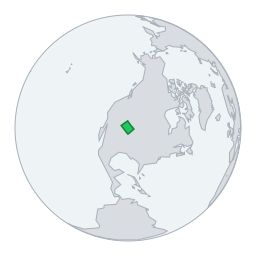 Colorado on an orthographic globe, rotated 52°
{"feature_id": "USA-3522", "entity_name": "Colorado", "entity_type": "State", "adm_level": 1, "iso_a3": "USA", "parent_name": "United States of America", "parent_adm1": "", "projection": "orthographic", "projection_center": [-105.117, 39.0], "detail": "fine", "context": "on_globe", "style": "filled", "palette": "green", "viewbox_px": 256, "rotation_deg": 52, "n_neighbors": 0, "source": "natural_earth", "source_scale": "10m", "svg_char_len": 10696}
<svg xmlns="http://www.w3.org/2000/svg" viewBox="0 0 256 256"><g transform="rotate(52 128 128)"><circle cx="128" cy="128" r="113" fill="#eef3f6" stroke="#a8b0b8"/><path d="M23.5,170.0L23.8,170.7L23.5,170.0ZM167.0,233.7L166.0,234.0L172.6,231.2L170.0,232.3L174.9,229.0L180.7,224.7L188.7,212.3L187.6,210.4L181.0,210.1L173.3,201.8L176.2,196.1L174.1,194.3L180.7,184.6L178.5,177.9L176.0,177.6L173.9,181.1L165.0,178.7L161.2,173.6L131.0,167.8L127.3,164.8L126.3,159.5L111.9,141.3L120.2,158.5L115.4,155.3L110.8,149.1L112.4,147.6L108.1,138.3L103.2,134.5L99.6,122.4L102.8,107.3L105.0,109.9L105.5,106.2L102.9,102.8L101.0,101.6L99.2,86.4L91.3,77.2L86.0,77.8L89.4,75.1L77.5,79.1L71.4,77.7L80.0,77.2L82.2,75.6L79.0,73.4L80.5,71.3L79.9,69.1L82.0,66.9L86.9,67.2L88.4,65.8L86.0,64.4L86.7,61.5L89.9,63.8L91.4,59.0L99.8,59.2L106.9,68.1L113.3,67.3L125.2,74.4L125.8,72.2L130.7,73.9L133.3,72.2L134.8,74.3L135.6,71.1L133.8,69.6L133.5,67.7L134.9,66.6L137.0,69.0L136.6,69.9L137.9,70.0L138.4,71.7L138.9,70.3L141.3,73.5L141.0,68.8L144.6,70.0L145.6,72.6L142.8,74.3L138.3,85.4L138.5,89.0L141.6,92.1L153.0,93.5L154.3,96.9L158.1,100.0L158.6,97.1L155.8,93.7L157.7,89.3L154.1,85.9L154.4,83.8L151.8,79.8L155.1,78.4L159.7,79.3L162.0,82.6L164.1,83.2L164.2,78.6L170.8,83.7L179.1,85.5L180.5,87.2L179.0,92.7L173.1,96.1L171.1,104.4L175.3,97.1L178.7,102.0L180.5,102.1L182.1,100.9L181.9,98.4L183.7,99.8L180.2,107.2L178.5,106.0L179.7,103.6L176.9,105.4L174.6,110.9L176.5,113.2L170.9,119.9L172.2,121.7L171.7,124.3L170.0,120.9L173.0,127.4L166.8,137.7L170.6,149.0L163.6,141.5L159.2,141.6L154.1,143.1L154.6,144.9L147.1,145.0L141.5,150.1L141.1,159.6L145.1,166.0L153.3,164.8L154.9,160.6L160.5,158.5L158.2,169.5L168.2,168.5L168.2,175.9L171.3,178.8L175.9,176.4L180.8,176.6L183.6,171.3L188.5,167.0L189.3,172.6L191.4,166.2L194.5,167.7L203.8,162.5L203.3,164.2L211.2,166.1L218.7,163.3L220.4,165.8L219.6,168.9L221.9,167.5L221.9,169.0L230.1,162.2L233.3,160.6L232.5,165.6L228.6,175.4L222.0,189.4L214.1,199.4L210.2,204.6L200.5,214.0L196.0,217.2L195.3,218.2L191.1,221.3L187.6,223.4L185.3,225.0L182.6,226.4L183.1,226.2L182.5,226.6L174.9,230.4L167.0,233.7ZM45.7,142.2L46.2,139.8L47.0,142.0L45.7,142.2ZM45.7,137.8L45.7,138.7L45.6,137.9L45.7,137.8ZM45.1,136.9L45.5,137.6L45.0,137.0L45.1,136.9ZM44.2,135.9L44.7,136.3L44.2,135.9ZM171.0,153.0L182.3,154.7L176.7,157.5L177.6,156.1L174.6,154.8L169.2,154.4L164.0,157.1L171.0,153.0ZM43.1,133.7L42.8,133.1L43.4,133.2L43.1,133.7ZM174.2,145.2L172.3,145.4L174.0,144.7L174.2,145.2ZM99.9,101.4L102.6,103.0L104.5,107.0L102.0,105.8L99.9,101.4ZM96.7,94.2L98.4,94.2L97.7,97.9L96.9,96.7L96.7,94.2ZM81.9,78.9L83.8,80.0L81.4,79.7L81.9,78.9ZM79.4,69.2L78.3,69.6L78.4,68.4L79.4,69.2ZM150.1,80.9L150.9,80.4L151.0,81.4L150.1,80.9ZM148.2,79.7L147.7,81.3L146.8,81.0L147.1,80.0L148.2,79.7ZM81.8,63.9L82.3,61.9L82.7,64.0L81.8,63.9ZM149.1,77.9L145.1,80.2L143.4,79.7L143.2,75.7L149.1,77.9ZM83.2,60.7L84.2,56.1L82.0,56.5L89.0,52.9L85.7,57.9L86.5,60.3L84.8,59.7L83.2,60.7ZM132.6,69.6L134.6,71.2L131.7,70.9L132.6,69.6ZM130.8,69.9L122.1,72.2L119.8,69.5L123.2,69.2L119.2,66.7L122.3,64.2L125.2,65.0L126.1,67.2L126.6,64.6L130.8,69.9ZM92.6,51.8L93.6,50.9L93.5,52.0L92.6,51.8ZM133.2,67.0L131.6,67.6L129.5,65.3L132.2,63.6L132.1,64.9L133.2,67.0ZM116.6,67.3L115.5,65.4L117.8,62.8L117.7,61.8L122.2,63.9L116.6,67.3ZM133.2,64.8L133.7,62.8L135.9,63.0L134.5,66.2L133.2,64.8ZM127.8,65.4L127.0,64.3L128.3,64.3L127.8,65.4ZM144.1,62.7L142.3,63.3L141.0,62.1L144.1,62.7ZM133.7,62.1L132.9,62.1L132.2,61.7L133.0,60.5L133.7,62.1ZM123.5,62.0L124.6,61.4L121.7,61.0L123.3,59.2L126.1,61.0L125.5,59.5L126.0,58.9L127.7,61.0L123.5,62.0ZM131.6,58.2L135.7,60.1L139.3,59.2L140.5,60.1L134.5,61.6L131.6,58.2ZM129.2,59.7L131.0,59.0L131.6,60.5L130.7,61.9L129.2,59.7ZM123.4,57.4L120.3,59.7L119.8,59.2L123.4,57.4ZM132.6,57.6L131.6,57.2L132.8,57.4L132.6,57.6ZM126.1,57.1L125.0,57.9L124.5,57.4L126.1,57.1ZM130.5,55.7L131.8,56.3L131.2,57.2L130.5,55.7ZM128.3,56.1L127.9,55.1L130.2,57.2L128.0,56.5L128.3,56.1ZM125.7,56.4L125.1,56.4L126.2,56.2L125.7,56.4ZM131.8,52.0L134.9,54.4L133.7,56.3L130.8,53.7L131.8,52.0ZM193.4,36.3L190.9,34.5L193.4,36.3ZM176.2,26.2L177.1,26.6L172.7,24.7L178.0,27.2L177.5,26.9L180.8,28.5L181.4,29.0L179.9,28.2L181.9,29.4L188.9,33.3L189.2,33.4L196.0,38.3L197.1,39.0L199.7,41.2L198.8,40.8L197.2,39.7L197.2,41.9L199.6,43.4L199.7,41.6L200.7,42.6L203.9,45.2L202.3,44.1L201.6,46.2L206.2,52.0L216.0,63.0L217.9,66.9L217.6,69.3L209.9,63.1L206.7,55.1L203.9,53.2L201.1,53.7L200.4,51.4L198.8,50.7L197.3,47.9L191.6,43.6L189.5,41.0L184.0,39.0L182.2,37.6L186.0,39.1L187.5,38.9L181.8,33.3L179.8,32.1L176.6,31.4L175.5,30.2L173.2,30.2L168.3,27.5L172.3,31.1L168.8,30.8L164.0,29.2L163.6,29.9L171.3,32.5L173.7,33.1L174.6,32.4L181.8,35.0L184.5,37.0L179.7,37.1L182.9,40.2L177.7,39.3L160.1,32.1L154.4,29.5L152.0,24.6L155.3,24.9L157.7,26.6L158.5,24.8L157.0,25.0L156.0,24.1L152.3,24.0L151.5,23.3L149.5,24.4L148.0,23.6L149.3,23.0L142.7,22.5L138.7,21.3L137.7,21.6L137.6,22.2L132.7,20.5L132.1,20.8L133.5,21.4L133.2,22.4L130.8,23.7L129.3,23.0L129.9,22.5L128.9,20.5L130.8,19.4L130.0,19.3L127.9,20.1L129.1,22.5L128.1,23.4L127.1,22.3L127.4,22.8L126.4,23.1L123.9,22.8L124.9,24.1L116.2,29.3L110.6,29.7L110.6,27.9L102.9,31.7L97.1,32.4L98.4,32.9L95.6,35.5L97.3,35.3L97.8,35.7L91.3,42.9L88.5,44.3L87.2,48.6L87.9,48.9L89.8,48.0L89.0,52.9L82.0,56.5L80.8,55.5L77.3,58.7L75.1,56.1L71.7,55.7L71.5,51.5L68.8,51.7L67.7,53.0L63.2,54.5L57.8,53.7L67.0,48.7L76.1,50.1L72.8,48.9L75.0,47.6L74.7,46.3L72.2,45.8L71.1,46.6L74.5,38.9L71.5,36.2L68.3,39.5L64.7,41.5L58.5,42.7L59.2,39.0L54.5,42.7L53.7,43.3L60.5,37.9L61.0,37.4L62.7,36.2L65.6,34.2L66.0,34.0L66.5,33.7L73.5,29.4L80.8,25.7L88.4,22.6L96.2,19.9L104.1,17.9L112.2,16.5L120.4,15.6L128.6,15.4L136.8,15.7L144.9,16.6L153.0,18.2L160.9,20.3L168.7,23.0L176.2,26.2ZM239.6,113.0L239.6,113.4L236.8,108.7L235.0,102.0L232.5,97.5L218.2,67.7L217.7,64.6L209.4,51.4L208.8,50.4L212.5,54.0L210.5,51.3L216.2,57.9L221.3,64.9L225.9,72.2L229.9,79.9L233.3,87.9L236.0,96.1L238.2,104.5L239.6,113.0ZM226.0,78.8L227.1,80.3L226.0,78.8ZM204.1,162.2L205.3,162.7L203.9,163.6L204.1,162.2ZM176.3,160.3L178.5,159.6L179.8,160.2L178.2,161.1L176.3,160.3ZM193.8,153.1L196.1,152.6L193.9,154.2L193.8,153.1ZM184.0,154.7L191.9,153.9L187.6,157.7L182.5,158.3L185.8,156.4L184.0,154.7ZM174.0,149.2L175.5,149.2L175.4,150.5L174.0,149.2ZM175.5,144.7L175.0,145.0L174.1,144.3L175.5,144.7ZM178.9,101.5L179.3,101.0L181.0,100.2L180.6,101.5L178.9,101.5ZM186.3,91.8L189.0,94.3L186.8,93.3L186.7,95.4L182.0,96.2L181.0,88.1L182.3,91.5L186.3,91.8ZM175.5,95.4L178.6,95.6L175.2,95.8L175.5,95.4ZM191.8,50.9L192.4,49.9L194.7,51.2L197.3,55.3L194.1,53.3L191.8,50.9ZM192.7,48.4L187.2,47.8L185.3,45.5L187.3,46.8L186.6,45.4L189.7,47.2L193.3,45.9L195.5,47.1L199.2,53.4L196.8,50.6L196.3,51.6L192.7,48.4ZM176.3,52.6L173.9,53.0L173.0,47.4L175.4,47.8L178.2,51.6L177.0,53.5L176.3,52.6ZM149.5,70.7L148.7,71.7L148.1,71.0L148.3,69.6L149.5,70.7ZM143.3,63.1L152.7,66.0L152.2,67.2L158.3,67.8L159.4,71.2L155.4,70.6L160.7,73.9L157.5,74.8L161.3,76.7L152.3,75.1L149.6,76.2L152.2,73.6L151.3,70.3L150.2,69.3L144.8,67.2L138.7,68.3L136.8,65.5L137.2,63.3L138.4,62.6L139.2,64.6L140.2,62.2L142.3,64.6L143.3,63.1ZM142.2,42.1L142.6,44.0L145.0,40.9L147.1,42.8L147.3,42.3L149.9,43.2L153.3,43.6L153.9,44.7L155.0,44.4L156.7,45.1L158.4,45.2L160.0,47.1L162.2,47.4L161.7,48.2L165.0,48.1L163.3,49.1L165.4,50.3L166.0,48.7L170.5,60.7L173.8,65.3L177.5,68.8L173.9,70.4L168.2,68.3L162.0,64.5L159.4,60.0L158.3,61.7L156.7,60.1L158.2,59.4L154.9,59.5L154.0,58.0L148.4,55.4L144.2,56.7L142.1,56.0L143.3,54.7L140.3,54.8L141.2,52.0L139.7,51.5L139.0,48.3L142.2,46.4L140.3,46.0L139.7,43.7L142.2,42.1ZM131.7,51.1L135.1,48.1L137.9,47.8L137.9,53.6L139.1,54.5L139.2,58.4L135.1,58.9L135.5,57.7L134.8,56.6L136.4,56.9L134.7,55.9L135.1,54.3L134.0,53.1L135.4,52.5L131.7,51.1ZM206.5,48.0L205.7,47.1L204.1,45.5L206.1,47.1L206.5,48.0ZM206.2,49.5L205.2,48.4L207.3,49.7L208.1,50.8L206.2,49.5ZM202.9,46.8L205.0,48.2L204.4,48.1L202.9,46.8ZM184.9,38.1L183.7,37.1L184.3,37.1L185.7,37.8L184.9,38.1ZM149.7,34.1L149.5,35.1L148.8,35.0L146.3,36.4L144.5,35.3L145.3,34.0L149.7,34.1ZM147.4,33.2L146.6,33.8L146.2,32.9L147.4,33.2ZM143.1,34.5L142.3,33.5L144.0,35.3L143.1,34.5ZM131.1,26.2L136.6,25.3L139.4,24.3L139.1,23.0L141.8,24.7L137.6,26.2L131.1,26.2ZM118.2,28.9L118.5,30.3L116.8,30.2L116.5,29.9L118.2,28.9ZM119.5,29.4L122.7,30.3L121.8,31.4L119.5,30.5L119.5,29.4ZM135.2,31.1L137.0,30.9L137.2,31.6L135.2,31.1ZM23.2,169.3L23.5,170.0L23.8,170.7L23.3,169.5L23.2,169.3ZM47.9,48.8L48.8,47.9L47.5,49.3L46.9,49.8L47.3,49.4L47.9,48.8ZM50.8,46.0L50.4,46.4L48.0,49.0L49.0,48.3L48.1,49.9L50.4,48.3L50.5,48.9L47.6,51.2L44.3,53.5L47.5,49.3L49.8,46.9L50.8,46.0ZM51.6,47.6L55.3,46.2L52.1,49.8L50.6,50.9L50.2,50.0L51.9,48.1L51.6,47.6ZM55.3,47.0L57.0,45.2L66.1,41.1L67.3,41.2L58.6,45.9L59.8,44.5L58.1,45.0L55.3,47.0ZM92.6,50.7L93.5,50.8L92.3,51.4L92.6,50.7ZM98.8,35.5L99.1,36.3L97.7,36.8L98.8,35.5ZM99.3,38.6L100.7,37.5L99.9,39.0L99.3,38.6ZM103.7,35.2L101.6,37.2L102.7,34.9L103.7,35.2Z" fill="#d9dde1" stroke="#a8b0b8" stroke-width="1"/><path d="M122.2,123.9L122.4,124.0L122.6,124.0L122.9,124.0L123.1,124.0L123.3,124.0L123.6,124.0L123.8,124.0L124.0,124.0L124.3,124.0L124.5,124.0L125.0,124.0L125.4,124.0L125.7,124.0L125.9,124.1L126.1,124.1L126.4,124.1L126.6,124.1L126.8,124.1L127.1,124.1L127.3,124.1L127.5,124.1L127.8,124.1L128.0,124.1L128.5,124.1L128.9,124.1L129.2,124.1L129.4,124.1L129.6,124.1L129.8,124.1L130.0,124.1L130.3,124.0L130.5,124.0L130.9,124.0L131.0,124.0L131.4,124.0L131.6,124.0L131.9,124.0L132.1,124.0L132.3,124.0L132.5,124.0L132.6,124.4L132.6,124.5L132.6,124.9L132.6,125.0L132.6,125.3L132.6,125.5L132.6,125.8L132.6,126.0L132.6,126.3L132.6,126.5L132.6,126.9L132.7,127.1L132.7,127.4L132.7,127.6L132.7,127.8L132.7,128.0L132.7,128.4L132.7,128.5L132.7,128.9L132.7,129.1L132.7,129.3L132.7,129.5L132.8,129.6L132.8,129.8L132.8,130.0L132.8,130.4L132.8,130.6L132.8,130.9L132.8,131.1L132.8,131.3L132.8,131.5L132.8,131.8L132.7,131.9L132.3,131.9L132.1,131.9L131.9,131.9L131.7,131.9L131.3,131.9L131.0,131.9L130.7,131.9L130.4,131.9L130.1,131.9L129.8,131.9L129.5,131.9L129.2,131.9L128.9,131.9L128.7,131.9L128.4,131.9L128.1,131.9L127.8,131.9L127.5,131.9L127.2,131.9L126.9,131.9L126.6,131.9L126.3,131.9L126.0,131.9L125.7,131.9L125.4,131.9L125.1,131.9L124.8,131.9L124.5,131.9L124.2,131.9L123.9,131.9L123.6,131.9L123.3,131.9L123.0,131.8L122.7,131.8L122.4,131.8L122.1,131.8L121.8,131.8L121.8,131.6L121.9,131.3L121.9,131.1L121.9,130.8L121.9,130.6L121.9,130.3L121.9,130.1L121.9,129.8L121.9,129.6L121.9,129.3L121.9,129.1L122.0,128.9L122.0,128.6L122.0,128.4L122.0,128.1L122.0,127.9L122.0,127.6L122.0,127.4L122.0,127.1L122.0,126.9L122.1,126.6L122.1,126.4L122.1,126.2L122.1,125.9L122.1,125.7L122.1,125.4L122.1,125.2L122.1,124.9L122.1,124.7L122.2,124.4L122.2,124.2L122.2,123.9Z" fill="#22c55e" stroke="#15803d" stroke-width="1.5"/></g></svg>